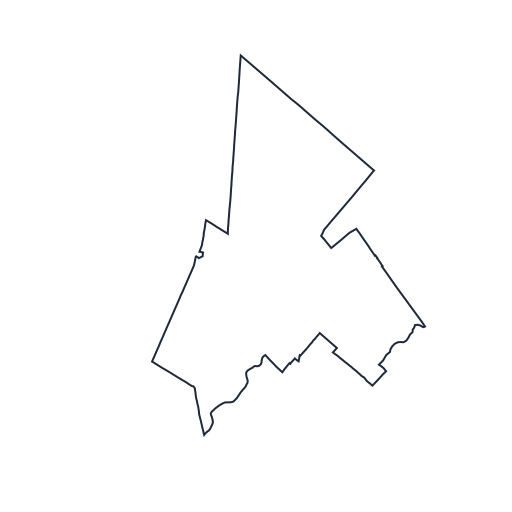 the district of Floresti, Prahova, Romania, rotated 235°
{"feature_id": "2599482B41592580357929", "entity_name": "Floresti", "entity_type": "district", "adm_level": 2, "iso_a3": "ROU", "parent_name": "Romania", "parent_adm1": "Prahova", "projection": "orthographic", "projection_center": [25.793, 45.022], "detail": "fine", "context": "isolated", "style": "outline", "palette": "slate", "viewbox_px": 512, "rotation_deg": 235, "n_neighbors": 0, "source": "geoboundaries", "source_scale": "gbopen_adm2", "svg_char_len": 6103}
<svg xmlns="http://www.w3.org/2000/svg" viewBox="0 0 512 512"><g transform="rotate(235 256 256)"><path d="M220.7,353.8L221.4,345.9L220.4,335.6L219.5,324.2L219.4,322.2L226.6,321.7L229.5,321.5L231.7,321.4L231.7,321.2L232.2,321.1L233.4,321.1L235.1,320.9L235.9,322.7L237.4,325.1L238.5,326.9L238.7,327.7L239.5,330.9L241.3,337.6L243.3,345.4L245.5,353.8L245.5,354.1L245.6,354.3L247.6,361.9L249.2,368.2L251.4,376.1L253.6,384.3L254.7,388.6L257.3,397.8L257.8,399.6L258.2,401.1L258.3,401.7L299.4,391.3L310.2,388.7L317.1,387.1L324.1,385.4L334.0,382.7L340.6,381.1L346.7,379.6L354.6,377.7L364.9,374.7L387.4,369.1L388.4,368.9L393.4,367.6L429.0,358.5L423.5,354.0L417.6,349.2L407.9,341.5L400.0,335.1L397.8,333.0L388.3,325.2L384.7,322.4L382.3,320.4L377.7,316.7L374.8,314.3L369.4,309.8L367.7,308.5L366.0,307.1L363.0,304.7L361.6,303.5L359.5,301.8L357.0,299.9L351.6,295.5L349.4,293.7L346.6,291.5L343.7,289.0L341.8,287.4L338.6,285.0L335.0,281.9L329.2,277.3L327.6,276.1L327.4,275.9L327.2,275.7L326.9,275.4L324.9,273.8L323.0,272.3L319.6,269.6L315.0,265.8L314.6,265.4L314.0,264.9L309.0,260.6L307.8,259.7L307.1,259.0L306.3,258.5L305.2,257.5L303.5,256.2L302.6,255.4L301.1,254.1L300.0,253.3L299.3,252.7L298.4,252.0L296.5,250.4L295.2,249.3L292.9,247.5L290.7,245.9L290.4,245.7L291.8,245.2L292.0,244.9L292.6,244.7L293.0,244.6L293.4,244.4L294.0,244.1L294.7,243.8L296.2,243.2L296.9,242.9L297.7,242.5L298.6,242.2L299.5,241.8L299.7,241.7L301.0,241.1L302.7,240.3L303.0,240.2L303.6,240.1L304.0,239.9L305.7,239.2L306.7,238.8L307.2,238.6L308.5,238.1L308.9,237.9L309.4,237.6L311.3,236.8L311.6,236.7L313.0,236.0L313.4,235.9L314.0,235.6L313.6,235.2L313.4,235.0L312.6,234.1L312.2,233.7L311.8,233.3L310.4,232.0L310.0,231.6L309.4,231.1L308.8,230.6L308.1,229.8L307.0,228.8L306.8,228.6L306.6,228.3L306.0,227.6L305.6,227.3L305.1,226.8L304.4,226.1L303.9,225.7L303.3,225.3L303.1,225.1L302.3,224.5L301.3,223.3L301.0,223.0L299.9,222.1L299.2,221.2L298.8,220.7L297.7,219.6L296.4,218.5L295.8,217.8L295.5,217.4L293.6,214.6L292.4,212.8L291.9,212.2L291.8,212.4L291.4,212.7L290.4,213.6L289.2,214.6L287.6,213.1L286.4,212.1L287.0,208.0L289.9,207.0L290.0,206.8L290.0,206.7L290.0,206.4L288.5,204.7L285.9,202.0L283.9,199.8L283.5,199.2L282.3,197.3L280.7,194.7L277.2,188.9L275.5,186.1L272.4,181.1L271.1,178.9L270.0,177.1L268.4,174.6L267.7,173.3L267.2,172.3L266.4,171.0L264.8,168.6L262.7,165.1L259.4,159.7L259.1,159.3L258.8,158.7L252.3,148.1L251.1,146.2L250.1,144.5L248.0,141.0L246.5,138.6L245.5,136.9L243.1,133.1L240.6,128.9L238.8,126.1L237.8,124.5L235.7,121.0L232.0,115.0L229.3,110.5L229.1,110.3L227.2,111.2L226.1,111.6L224.7,112.2L222.6,113.1L220.5,114.0L218.8,114.7L217.4,115.3L215.8,116.1L214.0,116.9L212.7,117.5L210.7,118.4L208.4,119.4L207.4,119.8L206.4,120.2L205.5,120.6L204.7,121.0L203.4,121.5L202.5,121.9L201.5,122.3L200.7,122.7L198.7,123.6L197.3,124.2L195.8,124.9L193.2,126.1L192.2,126.5L191.3,126.8L189.5,127.5L188.4,128.0L187.7,128.3L186.6,128.7L185.9,129.1L185.6,129.6L185.1,130.0L184.2,130.0L182.6,130.0L181.9,129.6L180.5,128.8L178.9,128.1L177.3,127.2L175.6,126.3L174.4,125.7L173.2,125.2L171.6,124.6L170.6,124.2L170.0,123.9L169.7,123.8L169.2,123.6L168.7,123.3L167.7,122.9L166.2,122.4L165.3,122.0L162.3,120.5L161.9,120.3L161.2,120.0L160.6,119.6L159.7,119.0L157.5,118.1L153.6,116.6L151.7,115.9L145.6,113.4L143.4,112.6L140.9,111.5L139.2,110.9L139.5,111.7L139.6,112.5L139.9,113.7L140.0,114.5L140.1,115.8L140.1,117.1L140.2,117.8L140.6,118.8L141.1,120.1L141.8,121.2L143.3,123.7L144.3,125.1L145.1,125.7L147.1,126.6L149.4,127.5L151.6,128.0L152.4,128.3L152.9,128.6L153.3,129.2L153.6,129.9L153.9,130.8L154.0,132.2L154.2,133.4L154.4,134.4L154.6,136.2L154.6,137.6L154.7,140.0L154.6,141.4L154.4,143.5L154.0,146.0L153.7,146.9L153.0,147.8L151.4,150.3L150.5,151.7L150.1,152.7L150.0,153.1L149.8,153.9L149.8,154.7L150.0,155.8L150.2,156.8L150.4,157.8L150.5,158.7L151.1,160.1L151.6,161.4L152.2,163.1L152.8,164.4L153.3,165.9L153.5,166.7L153.7,167.4L154.0,168.4L154.3,169.8L154.4,170.4L154.8,171.7L155.0,172.5L155.3,173.2L156.2,174.5L156.9,176.2L158.0,177.2L159.1,177.9L160.4,178.3L161.8,178.7L163.8,179.6L165.0,180.3L166.0,181.0L166.6,182.2L166.9,183.2L166.9,185.5L166.8,186.8L166.5,188.9L166.7,190.4L166.6,191.6L166.2,192.4L165.5,193.1L165.0,193.8L164.5,195.0L164.3,195.8L164.3,196.3L164.4,196.9L164.6,197.9L165.1,198.8L165.8,199.6L167.2,200.7L169.1,203.0L169.4,204.1L169.6,205.6L169.5,206.8L162.3,207.8L158.9,208.4L156.4,208.8L153.9,209.1L153.4,209.2L145.7,210.9L146.5,213.3L147.0,214.6L147.7,217.1L148.5,219.8L148.8,221.0L149.0,222.2L148.0,222.4L148.4,223.1L149.3,227.1L149.6,228.5L149.8,229.1L147.0,229.8L145.3,230.5L149.6,234.9L148.9,235.2L150.5,242.0L150.9,243.9L152.2,248.5L152.5,249.3L152.6,249.9L153.1,252.2L153.3,252.9L153.5,253.2L154.2,255.5L154.1,256.0L154.8,258.5L155.2,259.9L155.3,260.3L155.5,261.1L156.0,263.1L156.3,264.0L134.2,269.5L132.9,263.7L131.8,264.1L129.8,264.7L128.7,265.2L126.5,265.8L125.2,266.2L124.1,266.4L123.5,266.6L122.9,266.8L121.9,267.1L121.2,267.3L118.5,268.0L117.9,268.2L117.2,268.4L116.7,268.6L116.1,268.8L115.5,269.0L114.6,269.2L113.9,269.4L113.4,269.5L112.5,269.8L111.6,270.1L110.3,270.5L109.5,270.7L108.4,270.9L107.4,271.2L106.3,271.5L105.2,271.9L104.4,272.1L103.2,272.4L102.3,272.5L101.2,272.8L100.3,273.0L99.4,273.3L98.6,273.4L97.8,273.5L97.1,273.8L95.8,274.2L95.5,274.4L94.5,274.9L90.1,275.1L89.4,275.2L88.9,275.4L86.3,276.2L83.0,277.0L83.4,278.8L84.1,282.4L85.4,288.5L86.1,291.3L86.6,293.8L86.9,296.4L87.8,296.4L89.2,296.3L90.8,296.2L92.6,295.7L94.0,295.3L95.1,294.9L95.5,294.7L96.5,294.4L97.5,300.1L100.2,306.0L100.6,310.9L102.2,312.2L103.8,315.6L104.5,319.1L104.0,322.7L102.5,325.2L100.8,327.3L100.4,330.2L101.4,333.4L103.3,337.0L103.9,340.6L105.9,342.3L106.6,344.5L108.2,346.6L106.9,349.1L105.6,350.1L104.4,351.0L102.8,351.6L101.6,352.4L101.3,354.0L106.5,354.1L136.1,353.5L149.9,353.2L160.9,353.2L169.9,353.2L175.0,353.1L175.1,353.9L175.7,353.8L179.3,354.0L182.2,354.0L184.9,353.9L184.9,354.3L188.1,354.2L188.1,353.5L189.2,353.6L190.8,353.6L193.3,353.6L195.3,353.6L197.1,353.7L200.2,353.8L204.4,353.8L207.4,353.8L209.9,353.8L216.1,353.9L217.9,353.8L220.3,353.8L220.7,353.8Z" fill="none" stroke="#1e293b" stroke-width="2"/></g></svg>